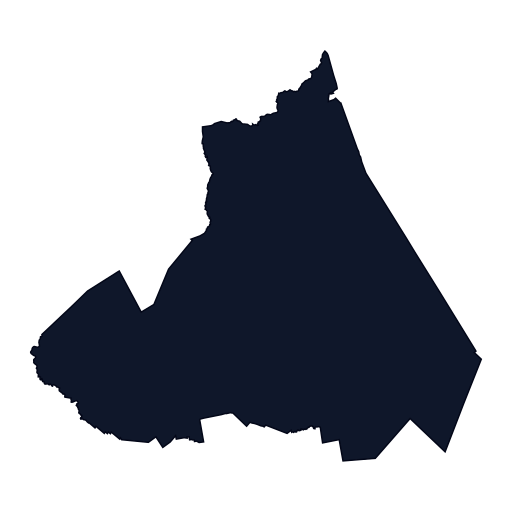 Miguel Auza, Zacatecas, Mexico
{"feature_id": "50627088B13748341386854", "entity_name": "Miguel Auza", "entity_type": "district", "adm_level": 2, "iso_a3": "MEX", "parent_name": "Mexico", "parent_adm1": "Zacatecas", "projection": "robinson", "projection_center": [-103.557, 24.164], "detail": "fine", "context": "isolated", "style": "filled", "palette": "ink", "viewbox_px": 512, "rotation_deg": 0, "n_neighbors": 0, "source": "geoboundaries", "source_scale": "gbopen_adm2", "svg_char_len": 5902}
<svg xmlns="http://www.w3.org/2000/svg" viewBox="0 0 512 512"><path d="M207.2,157.6L207.3,157.4L207.4,158.0L207.0,158.5L206.9,159.7L207.0,160.4L207.5,160.8L208.2,162.0L208.6,161.9L208.8,163.3L209.3,164.0L208.6,165.2L209.0,165.7L210.1,166.0L210.4,167.1L210.2,168.2L210.5,169.7L211.3,171.6L213.2,173.5L213.1,174.3L212.0,174.8L211.5,176.5L210.7,177.5L210.0,179.2L209.4,182.0L208.8,182.5L207.7,185.0L207.7,186.5L207.2,188.3L207.6,189.2L208.1,189.7L208.4,191.7L207.9,192.7L208.3,193.6L208.1,194.1L207.5,194.1L207.3,194.5L207.0,197.2L206.5,198.5L206.6,199.4L206.3,200.1L206.3,200.6L206.7,201.7L206.4,202.0L205.9,201.9L205.6,202.5L205.6,203.2L206.1,203.7L206.0,204.2L205.0,205.7L205.2,206.6L205.7,206.8L205.2,209.3L205.8,209.4L207.5,211.3L207.2,212.9L207.2,213.9L208.7,216.8L209.8,217.3L209.3,218.3L210.7,219.4L210.8,221.1L210.3,221.7L210.1,222.9L210.5,223.9L210.4,224.5L209.7,224.7L209.6,225.8L208.4,226.8L208.0,226.8L207.5,227.3L207.3,228.6L206.4,229.2L206.6,230.1L204.5,233.3L200.0,235.9L191.0,239.2L192.3,240.4L168.6,269.1L153.9,304.5L141.2,312.1L119.2,271.0L87.6,291.0L73.6,304.6L41.9,334.5L42.1,335.5L41.8,336.4L40.5,336.8L40.3,338.6L39.9,339.5L39.2,340.2L39.2,341.2L38.9,342.1L39.4,345.1L39.4,346.3L38.6,346.9L37.6,347.3L34.3,346.5L33.8,346.6L32.6,347.6L32.1,348.8L32.0,349.9L30.7,351.9L30.7,352.6L31.2,353.5L33.6,355.4L35.0,355.9L35.7,356.7L35.5,357.7L35.2,358.2L33.8,359.5L33.7,360.5L33.9,361.4L33.7,362.2L34.3,363.4L34.8,363.8L35.3,363.9L35.7,364.5L36.3,364.8L36.8,365.4L37.1,366.8L36.4,368.2L37.3,369.0L37.0,369.7L37.3,370.9L37.0,371.6L37.0,372.7L38.3,373.9L38.4,374.9L38.2,376.1L38.3,376.9L39.8,376.6L40.4,377.0L40.0,377.7L40.0,379.1L40.3,379.6L41.1,379.9L41.6,379.4L41.7,378.6L41.9,378.6L42.3,379.5L42.6,381.4L43.0,381.7L44.1,381.8L44.4,383.5L45.0,384.1L47.1,383.9L48.5,384.0L48.8,384.6L49.2,384.8L50.1,383.9L50.9,384.4L51.5,385.4L52.3,386.2L52.6,386.1L53.1,384.8L54.1,384.6L54.8,385.2L55.8,385.7L56.8,387.0L57.5,386.9L58.4,387.6L59.5,387.8L59.7,388.1L59.2,389.4L59.2,390.2L59.4,390.9L62.5,393.3L63.1,394.2L64.1,393.9L64.7,394.3L65.0,395.0L64.8,396.3L64.9,397.1L71.2,398.2L71.0,399.4L71.5,400.8L71.1,402.0L71.3,402.2L72.7,402.1L75.6,400.8L76.7,400.6L77.9,401.9L78.4,403.0L78.3,403.4L77.0,403.7L76.8,404.1L77.0,404.9L76.3,405.3L76.6,405.8L77.7,406.6L78.0,407.4L77.8,407.6L78.2,408.1L78.5,409.5L79.2,410.4L79.2,411.0L78.8,412.4L79.0,413.2L80.2,414.0L81.1,415.3L81.6,415.2L81.9,415.5L81.6,416.2L81.8,417.5L81.7,417.6L80.8,417.7L80.5,418.4L80.8,419.1L82.5,418.9L83.8,419.7L84.9,419.8L86.0,420.3L87.3,421.9L88.5,422.9L88.8,422.5L95.0,427.9L96.0,426.3L104.3,433.4L105.3,431.8L107.4,433.6L108.3,432.0L110.4,433.7L111.3,432.1L119.7,439.1L120.5,437.9L121.6,439.7L148.4,442.3L155.9,436.8L162.8,447.4L170.2,442.0L175.6,435.7L176.3,439.1L184.1,437.7L187.1,438.1L186.9,437.1L189.1,436.8L189.6,439.8L191.8,439.5L192.4,439.9L193.8,439.8L194.2,440.0L194.5,441.5L196.5,441.1L199.1,442.5L203.6,441.9L199.7,419.8L199.9,419.4L200.4,419.0L203.9,418.1L221.4,414.6L225.3,413.5L226.3,413.6L230.8,412.6L231.2,412.9L232.9,413.0L246.6,426.2L249.9,422.3L251.9,423.0L254.5,423.5L257.1,424.3L261.3,426.0L262.2,425.9L264.2,426.9L265.7,425.1L287.1,433.4L291.1,430.3L291.7,432.3L292.3,431.9L292.8,431.9L293.7,432.4L294.8,431.4L295.2,431.7L295.5,431.5L295.9,431.6L295.9,432.0L296.4,432.0L296.6,431.9L296.8,430.9L297.2,430.8L297.4,430.3L298.0,429.9L298.7,430.6L299.4,430.7L300.1,430.2L300.6,430.4L301.1,430.0L300.8,429.2L301.1,428.8L301.7,428.8L303.2,429.9L303.9,429.4L304.2,429.0L305.2,429.4L306.2,428.8L306.7,429.1L307.0,428.4L307.9,427.8L308.2,427.3L309.0,427.3L309.6,426.4L311.8,425.7L312.5,426.1L312.4,426.5L313.3,426.9L313.6,428.3L313.9,428.6L314.3,428.7L315.0,428.7L314.9,427.4L315.9,426.8L316.6,427.0L319.0,426.6L320.3,427.3L322.6,442.9L339.2,439.6L343.0,460.9L375.3,458.3L410.1,418.5L445.1,451.8L463.6,403.7L481.3,359.2L474.2,352.5L475.9,351.2L475.7,350.7L440.5,293.4L414.5,251.6L406.3,238.1L365.9,173.2L361.7,161.9L360.6,157.0L359.3,155.0L358.7,151.7L357.3,148.8L340.9,103.2L340.7,103.3L335.6,98.2L334.1,99.5L328.4,101.6L328.5,99.6L328.3,98.9L328.8,95.8L328.5,95.3L329.0,94.8L329.2,93.6L330.4,93.1L330.3,93.5L330.9,93.5L331.0,94.0L333.4,93.3L332.5,92.1L335.9,89.3L336.8,89.1L337.1,88.8L337.2,88.3L336.2,83.5L333.6,75.3L328.1,55.4L327.3,53.7L326.5,52.6L324.9,51.1L323.7,52.6L322.5,54.6L322.2,57.3L322.2,58.1L321.0,59.1L320.6,60.6L321.6,62.6L321.5,63.0L320.8,64.1L320.3,64.2L317.5,69.1L316.5,68.3L315.8,69.4L310.6,71.9L311.9,73.5L312.1,74.1L311.7,77.2L311.1,78.2L310.5,78.8L309.2,78.8L308.5,79.2L307.9,80.0L305.7,80.7L304.8,81.4L303.8,82.6L303.3,82.8L302.9,83.5L302.1,83.8L301.5,85.5L300.2,87.5L300.3,87.8L299.3,88.5L298.8,89.3L298.8,90.2L298.4,90.8L297.5,91.2L296.8,91.2L295.9,91.8L294.8,91.4L294.0,91.4L293.4,91.7L292.1,90.8L291.5,90.8L290.0,89.8L288.2,91.2L287.4,91.5L286.2,91.7L285.8,91.6L285.0,90.9L284.7,90.9L282.5,92.6L281.1,92.6L279.5,93.4L278.8,93.2L278.3,95.6L277.3,96.7L277.3,98.6L276.7,99.7L277.1,100.6L276.2,101.3L276.7,102.1L277.7,102.7L278.0,103.4L277.4,104.5L277.0,107.3L277.2,108.6L278.1,110.5L277.9,111.6L277.0,112.5L273.2,113.3L270.8,114.7L269.8,114.8L269.4,114.5L267.2,114.3L266.1,114.9L265.3,115.8L264.2,116.4L261.5,116.4L260.2,117.0L260.1,117.5L260.6,118.1L260.7,118.9L260.5,120.7L260.4,121.0L259.8,121.1L259.5,121.8L258.3,122.0L258.0,123.3L257.6,123.9L258.1,124.4L258.2,125.2L257.1,125.5L255.8,124.6L254.8,125.0L253.6,124.8L252.7,124.1L252.8,124.9L251.3,126.4L249.2,125.6L247.6,124.4L243.9,124.0L242.8,124.1L241.7,123.4L239.7,121.2L237.1,120.6L236.4,119.1L236.1,118.9L235.6,119.0L235.3,119.5L233.4,120.2L233.0,121.1L232.5,121.6L231.7,121.3L230.9,121.8L230.1,122.7L226.9,122.9L221.2,121.5L214.5,123.6L213.0,124.9L211.1,125.7L202.5,126.9L202.5,131.5L203.3,136.9L202.4,140.5L202.1,143.3L202.2,143.7L203.3,143.8L203.2,146.2L203.5,146.8L203.4,148.2L205.0,152.1L204.2,153.4L204.8,154.2L205.7,154.5L205.2,156.1L205.8,157.4L206.4,157.2L207.2,157.6Z" fill="#0f172a" stroke="#020617" stroke-width="1.5"/></svg>